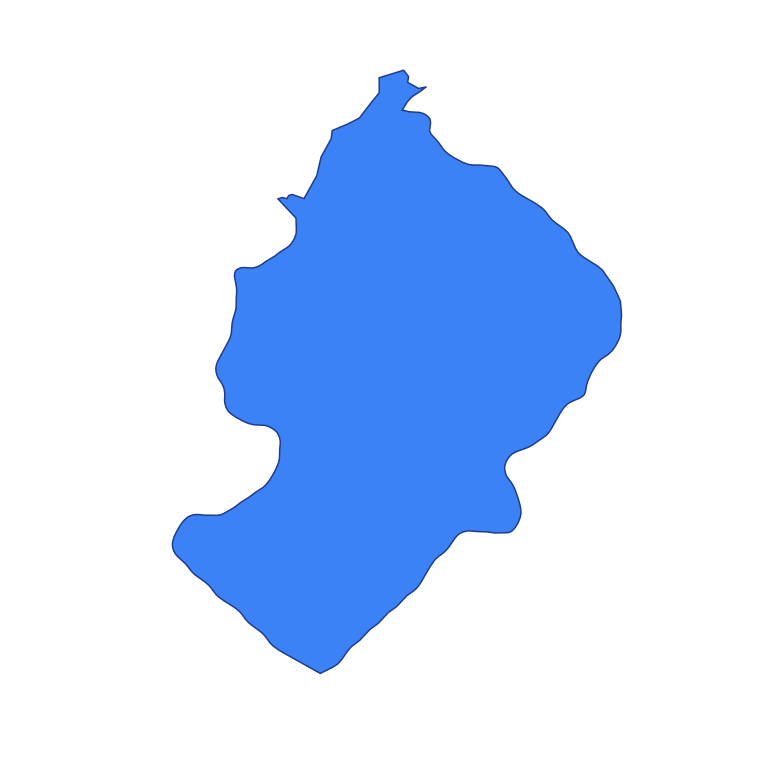 La Descubierta, Independencia, Dominican Republic (Albers equal-area conic projection), rotated 29°
{"feature_id": "3306468B88446063992156", "entity_name": "La Descubierta", "entity_type": "district", "adm_level": 2, "iso_a3": "DOM", "parent_name": "Dominican Republic", "parent_adm1": "Independencia", "projection": "albers", "projection_center": [-71.745, 18.594], "detail": "fine", "context": "isolated", "style": "filled", "palette": "blue", "viewbox_px": 768, "rotation_deg": 29, "n_neighbors": 0, "source": "geoboundaries", "source_scale": "gbopen_adm2", "svg_char_len": 3674}
<svg xmlns="http://www.w3.org/2000/svg" viewBox="0 0 768 768"><g transform="rotate(29 384 384)"><path d="M468.6,668.0L476.7,656.2L479.2,651.5L480.5,646.0L481.7,634.7L482.9,629.2L487.1,619.8L490.7,605.5L495.0,596.1L498.6,581.8L503.0,572.4L506.6,558.1L510.3,550.3L511.5,546.8L512.2,542.9L512.5,538.9L512.8,522.4L513.5,514.3L514.4,510.5L517.9,502.6L519.0,499.2L519.7,495.6L520.8,484.4L521.6,480.8L522.2,479.0L523.1,477.5L525.2,474.7L527.8,472.4L529.2,471.4L537.2,467.8L544.9,463.8L553.3,460.5L564.7,453.8L565.9,452.6L566.8,451.2L567.5,449.6L568.3,446.2L568.6,440.7L567.9,435.1L566.8,431.4L565.9,429.6L563.8,426.5L561.2,423.5L557.1,419.3L549.8,412.8L545.1,409.5L537.0,405.7L535.5,404.8L532.9,402.5L530.7,399.8L529.9,398.2L529.2,396.5L528.5,392.8L528.5,389.0L528.8,387.2L529.8,383.5L530.7,381.8L532.9,378.6L539.3,371.3L541.7,368.2L543.6,365.0L550.6,350.8L551.6,346.9L552.0,342.9L552.2,324.4L552.4,320.3L553.0,316.3L554.2,312.5L555.0,310.8L557.1,307.7L562.6,300.6L564.0,297.5L564.3,295.9L563.9,293.0L561.8,287.2L560.7,281.9L560.0,274.2L560.1,266.4L560.8,260.7L561.8,257.1L565.7,249.4L567.4,244.2L568.0,238.5L568.0,234.7L567.8,230.8L567.1,227.1L565.9,223.6L561.7,216.0L558.7,209.3L556.9,206.3L550.7,197.1L546.0,193.4L537.3,187.1L519.8,178.5L513.9,177.3L497.5,176.4L491.5,175.4L489.6,174.7L486.2,172.8L475.5,164.6L472.1,162.7L470.4,162.1L466.7,161.2L455.5,159.8L451.8,159.1L448.4,157.9L440.6,154.4L436.8,153.4L428.7,152.6L412.2,152.3L408.2,151.9L404.3,151.1L400.8,149.8L391.6,144.9L382.4,140.9L379.5,139.9L376.5,139.9L373.6,140.8L362.8,145.5L355.2,149.6L351.7,150.9L345.7,152.0L335.3,152.2L329.0,151.7L323.1,150.4L313.7,145.9L304.1,142.7L301.6,140.9L300.7,139.7L298.2,133.1L296.4,130.6L295.2,129.7L292.1,128.6L290.4,128.3L287.0,128.4L283.5,129.2L274.3,133.6L267.2,135.6L267.6,126.0L268.8,120.4L270.2,117.2L273.5,111.2L276.5,104.5L277.2,103.5L271.0,108.7L266.0,108.7L258.5,108.7L256.4,103.2L249.1,100.0L238.1,111.4L236.2,113.4L231.3,118.5L234.5,124.1L235.7,126.3L238.7,131.7L238.3,133.8L236.6,142.6L233.5,163.4L226.2,174.3L218.4,184.1L215.8,187.4L216.9,190.1L218.9,195.1L218.9,211.1L218.9,215.8L224.2,234.4L224.2,236.1L224.2,260.6L211.7,262.8L209.3,265.4L209.2,269.0L204.6,270.2L201.5,273.5L226.6,281.6L232.4,291.3L234.0,294.5L234.5,296.3L235.1,300.0L235.1,303.8L234.6,307.5L234.1,309.3L232.6,312.5L229.3,318.5L226.4,325.2L221.2,334.2L218.9,339.1L217.0,342.1L214.7,344.6L212.1,346.7L204.7,350.2L202.2,352.0L200.3,354.4L199.7,355.8L199.4,357.4L199.6,359.1L200.9,362.1L207.8,370.6L209.9,373.7L213.1,380.4L217.2,388.0L218.5,391.4L220.5,400.5L221.5,404.0L225.8,413.5L226.8,417.3L227.2,421.3L227.5,443.9L228.0,447.9L229.2,451.6L231.1,454.6L233.5,457.1L236.2,459.2L242.3,462.4L246.3,465.5L249.4,469.5L252.5,475.7L254.5,478.4L257.0,480.8L258.4,481.9L261.7,483.5L265.4,484.4L271.1,484.9L278.9,484.8L284.7,484.2L290.1,482.7L299.3,478.2L301.1,477.6L304.7,477.0L310.3,477.2L314.0,478.2L315.5,479.1L318.3,481.2L320.6,483.8L321.6,485.3L324.5,491.8L328.5,499.5L329.7,503.2L330.1,505.2L330.7,511.3L330.8,517.6L330.5,523.8L329.5,529.9L328.2,533.4L324.1,541.0L321.2,547.7L316.2,556.8L313.4,563.5L311.7,566.6L306.5,575.1L304.5,577.7L301.9,579.6L291.7,585.2L285.3,588.0L282.2,589.7L280.8,590.8L278.4,593.3L276.5,596.3L275.2,600.1L274.5,604.1L274.2,608.2L274.2,614.4L274.4,618.5L275.1,622.5L276.4,626.3L277.3,627.9L278.4,629.4L280.9,631.8L283.8,633.7L287.3,635.0L297.8,637.5L307.4,641.5L311.3,642.5L323.7,644.0L327.7,644.8L331.2,646.0L339.1,649.5L343.0,650.5L349.1,651.2L361.4,651.9L367.4,652.9L370.9,654.1L377.2,657.0L380.7,658.2L384.7,659.0L395.0,660.3L399.0,661.1L402.5,662.3L410.4,665.9L414.4,666.9L420.8,667.7L427.3,667.9L468.6,668.0Z" fill="#3b82f6" stroke="#1e3a8a" stroke-width="1.5"/></g></svg>